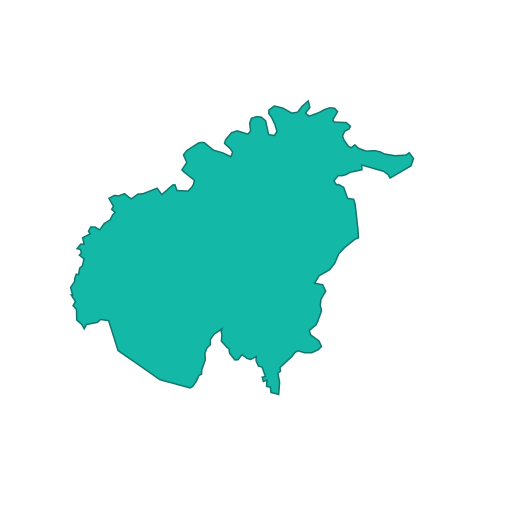 Cidra, Puerto Rico (Albers equal-area conic projection), rotated 147°
{"feature_id": "32010507B88362750247815", "entity_name": "Cidra", "entity_type": "district", "adm_level": 2, "iso_a3": "PRI", "parent_name": "Puerto Rico", "parent_adm1": "", "projection": "albers", "projection_center": [-66.167, 18.181], "detail": "fine", "context": "isolated", "style": "filled", "palette": "teal", "viewbox_px": 512, "rotation_deg": 147, "n_neighbors": 0, "source": "geoboundaries", "source_scale": "gbopen_adm2", "svg_char_len": 2755}
<svg xmlns="http://www.w3.org/2000/svg" viewBox="0 0 512 512"><g transform="rotate(147 256 256)"><path d="M383.1,181.2L380.1,181.1L373.9,183.6L368.8,187.0L366.0,186.5L363.8,189.8L355.1,196.5L351.7,202.4L347.0,205.7L342.4,206.5L339.9,210.8L333.6,213.3L324.3,213.4L326.4,211.7L327.4,208.6L331.4,203.5L330.1,195.1L329.2,193.0L331.1,188.8L330.4,180.4L327.6,178.8L321.4,180.9L319.4,175.2L317.0,172.2L310.6,171.5L313.0,168.1L313.9,162.3L311.4,159.6L313.7,149.8L316.8,151.0L318.2,146.8L314.4,145.9L315.9,144.0L318.1,140.9L315.4,138.1L317.8,133.5L312.4,127.5L305.0,137.2L301.5,145.8L298.3,146.0L296.6,149.4L280.5,152.2L275.7,153.9L272.3,153.5L267.9,148.4L261.9,144.5L254.9,143.5L250.4,144.4L249.8,148.4L249.5,150.5L253.2,160.3L251.8,164.5L243.1,165.6L240.1,167.4L230.9,174.3L230.2,176.1L229.2,179.3L225.0,184.4L216.7,188.5L215.8,195.6L221.6,201.3L214.0,205.0L201.6,204.4L194.0,207.0L185.4,212.8L177.0,214.8L164.0,216.2L160.2,215.4L155.4,223.9L155.4,224.0L144.7,245.3L143.2,250.4L147.8,254.4L145.1,265.8L147.8,271.0L149.7,271.9L149.7,276.6L143.3,278.6L140.3,276.6L136.2,275.2L131.1,274.8L120.2,270.6L117.8,274.7L102.8,257.4L100.9,252.5L101.1,248.3L76.9,247.2L70.8,251.9L71.2,259.2L75.2,258.9L84.7,264.3L92.8,271.7L95.2,275.8L99.1,279.7L106.6,284.0L111.4,290.6L112.6,295.4L117.1,294.9L118.7,297.4L119.1,305.0L118.1,309.5L113.8,312.3L108.6,311.9L106.1,313.4L107.6,318.7L117.3,325.6L117.7,328.2L108.9,332.7L109.6,337.1L113.4,340.1L118.7,341.5L125.2,342.0L135.2,344.3L136.7,348.9L130.0,351.2L127.7,357.6L135.7,356.5L142.7,354.0L143.2,354.1L148.2,356.4L152.9,365.4L159.0,371.9L165.7,371.3L167.7,368.7L167.5,363.5L168.4,356.3L170.6,349.1L174.9,347.0L179.3,351.0L174.3,364.1L176.0,369.7L179.7,372.6L184.9,374.0L188.4,371.3L189.3,370.2L192.4,363.8L196.4,362.6L203.7,371.3L209.5,372.7L218.1,370.1L221.1,367.5L219.2,360.3L219.0,355.9L223.0,352.9L227.8,360.7L234.0,367.9L237.6,379.1L239.8,381.0L242.8,382.1L256.2,382.1L256.6,382.1L261.8,380.3L263.1,372.1L271.2,368.6L270.8,366.1L266.4,353.0L269.4,350.2L272.3,348.7L277.6,347.5L286.6,353.9L285.2,359.9L287.0,360.9L301.5,358.8L302.1,366.7L316.6,369.7L321.4,372.2L329.4,371.8L330.9,375.3L332.3,379.9L338.8,381.3L341.6,383.9L347.9,384.5L348.5,375.3L351.7,373.7L350.3,369.1L353.6,368.7L358.8,365.7L365.6,365.9L372.9,363.0L375.2,368.0L378.8,370.3L382.4,368.3L383.1,367.8L382.9,364.9L391.5,365.8L393.7,359.5L396.5,361.4L402.1,359.6L399.7,357.1L400.7,353.6L403.7,352.9L401.8,347.3L407.1,342.2L410.4,341.9L415.1,337.0L416.7,338.7L420.3,335.8L422.0,333.4L428.6,330.6L431.1,323.1L432.2,323.9L432.2,316.2L436.5,314.0L435.7,308.9L441.2,300.0L439.4,293.4L439.7,288.5L435.5,290.9L425.2,286.7L420.9,287.4L414.8,282.1L423.2,251.8L410.4,220.6L404.1,204.9L402.2,202.6L383.1,181.2Z" fill="#14b8a6" stroke="#0f766e" stroke-width="1.5"/></g></svg>